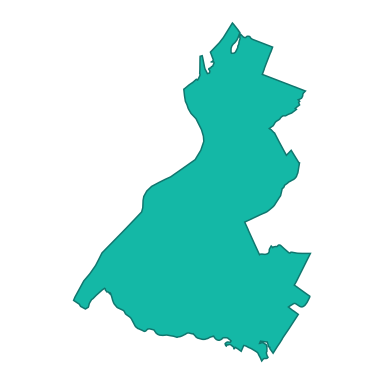 the district of Seimeni, Constanta, Romania
{"feature_id": "2599482B22406504388694", "entity_name": "Seimeni", "entity_type": "district", "adm_level": 2, "iso_a3": "ROU", "parent_name": "Romania", "parent_adm1": "Constanta", "projection": "orthographic", "projection_center": [28.127, 44.413], "detail": "fine", "context": "isolated", "style": "filled", "palette": "teal", "viewbox_px": 384, "rotation_deg": 0, "n_neighbors": 0, "source": "geoboundaries", "source_scale": "gbopen_adm2", "svg_char_len": 5907}
<svg xmlns="http://www.w3.org/2000/svg" viewBox="0 0 384 384"><path d="M73.6,300.4L79.3,304.2L80.6,306.4L85.4,309.0L88.2,307.3L88.5,306.7L89.2,303.8L89.6,302.9L91.5,299.7L93.0,298.6L96.2,295.3L102.4,289.8L104.6,288.3L105.3,288.9L105.3,289.4L105.4,290.0L107.0,292.0L107.2,291.9L107.7,291.9L108.4,292.1L108.6,292.3L109.4,293.4L110.0,292.8L110.2,293.0L110.3,293.1L110.0,293.5L110.4,293.7L110.3,293.8L110.4,294.2L110.9,294.6L111.7,296.7L112.6,300.1L113.2,301.8L113.7,303.0L114.0,303.5L114.3,304.1L116.9,307.2L117.4,307.6L117.8,307.8L123.1,310.3L123.5,310.6L123.8,310.9L124.2,311.3L125.3,313.5L125.5,313.9L125.9,314.2L126.2,314.5L129.6,316.9L130.4,317.6L130.9,318.2L131.4,318.9L134.9,325.6L135.6,326.7L137.8,328.5L138.1,328.6L139.5,329.1L140.4,329.6L141.1,329.8L144.3,331.4L145.2,331.2L145.7,331.0L146.0,330.7L147.2,329.5L147.5,329.2L147.8,329.1L149.3,328.8L149.9,328.9L153.9,329.9L156.2,333.2L157.8,334.4L159.6,335.1L162.8,335.4L166.7,335.0L170.3,335.7L173.5,336.2L177.0,337.3L178.2,336.9L180.2,336.6L182.0,335.9L182.7,335.6L183.7,335.0L184.7,334.6L185.6,334.1L186.3,333.6L187.2,333.1L187.5,333.0L187.9,333.0L188.6,333.0L189.0,333.0L189.4,333.1L190.8,333.5L191.9,333.7L192.3,333.9L193.2,333.7L193.4,334.0L194.0,334.7L194.4,335.0L194.6,335.3L194.9,335.5L195.6,336.5L195.8,336.8L196.3,337.2L196.8,337.5L197.1,337.8L197.5,338.0L198.1,338.2L202.2,339.3L203.4,339.4L205.0,339.3L206.1,338.9L206.3,338.7L206.7,338.8L207.1,338.7L208.3,338.2L209.8,337.3L211.1,336.9L212.0,336.6L212.5,336.6L212.9,336.2L213.3,336.1L213.7,336.2L214.0,336.9L215.0,338.2L216.2,339.4L217.2,339.9L218.2,340.2L219.2,340.3L220.3,339.9L221.3,339.4L222.0,338.9L222.4,338.3L223.1,337.9L223.6,337.7L226.2,337.7L227.5,337.9L227.9,338.2L229.2,339.3L229.7,339.6L231.1,340.9L230.4,342.2L227.3,342.0L226.2,342.6L225.2,343.5L225.1,343.8L225.4,344.7L225.6,345.3L225.7,345.6L225.8,345.6L226.4,346.0L226.6,345.5L226.5,345.4L226.6,344.9L227.2,344.8L227.8,345.0L229.0,344.6L230.1,344.5L230.6,344.7L233.9,347.4L234.0,347.8L233.8,348.5L234.0,348.8L234.3,348.7L235.3,347.4L237.6,348.7L239.1,349.8L241.2,351.3L243.7,345.5L245.0,345.7L245.9,346.0L246.3,346.2L248.7,347.5L250.2,348.1L251.4,348.7L254.4,350.5L256.5,351.8L257.1,352.3L257.6,352.7L257.8,352.9L258.0,353.3L259.0,355.4L260.5,358.2L261.1,359.7L261.7,361.0L263.1,359.2L263.5,358.9L264.1,358.6L264.6,358.5L265.5,358.5L266.3,358.5L266.7,358.4L267.2,358.2L267.7,357.7L268.0,357.4L267.7,356.9L267.6,356.5L267.1,355.8L267.0,355.6L266.5,353.7L266.4,353.1L266.4,352.7L266.4,352.3L266.6,351.8L266.9,351.5L266.9,349.8L266.9,347.6L266.6,345.9L266.4,345.0L266.2,344.8L266.0,344.5L265.5,344.3L264.7,343.7L264.1,343.4L263.7,343.2L262.9,342.8L262.4,342.5L262.1,342.5L261.9,342.5L260.8,343.1L260.3,343.3L259.5,343.4L260.5,341.1L260.9,341.2L267.2,342.0L267.8,343.6L268.3,345.4L268.4,346.4L268.7,346.8L269.8,347.3L269.9,348.7L273.1,353.2L277.6,346.1L279.8,342.9L281.6,340.0L281.7,339.9L282.4,338.6L282.6,338.1L289.0,328.7L298.3,314.4L294.4,311.5L292.4,310.2L288.4,307.0L289.9,305.9L289.9,306.0L293.7,303.6L294.3,303.4L295.2,303.5L296.0,303.9L299.5,306.2L300.5,306.7L301.5,306.9L302.5,306.8L303.6,306.3L305.1,305.1L307.0,302.5L308.7,299.2L309.8,296.9L309.8,296.2L307.5,294.6L294.3,285.1L296.2,281.8L310.4,253.4L301.9,253.4L299.0,253.3L297.2,253.2L291.8,252.2L291.1,252.2L290.7,252.3L290.0,253.1L289.8,253.1L288.8,252.7L284.2,248.7L280.5,245.3L279.5,245.0L278.8,245.0L278.2,245.3L277.6,246.0L277.1,246.5L276.5,246.6L275.7,246.5L274.1,246.8L273.3,247.0L272.8,247.6L271.2,246.0L269.5,249.0L269.3,249.5L269.2,251.6L268.8,252.6L268.3,253.2L267.3,253.8L266.1,254.2L264.9,254.4L262.3,254.1L260.9,254.1L260.3,254.2L259.5,254.7L255.1,245.2L248.2,230.0L248.2,229.8L244.7,222.1L259.9,214.9L266.7,211.9L267.8,211.1L269.1,210.1L272.8,207.0L273.6,206.2L274.2,205.5L274.8,204.7L275.3,203.8L278.4,199.0L279.0,198.0L280.4,196.0L280.6,195.6L281.5,191.8L282.1,189.1L282.2,188.7L282.5,188.4L283.6,187.6L283.8,187.3L284.2,186.4L284.4,185.6L284.7,185.2L287.6,183.1L288.1,182.6L288.6,182.1L290.0,181.4L292.8,179.8L293.1,179.7L293.6,179.5L295.1,178.2L296.1,177.0L296.3,176.7L296.7,175.8L297.1,174.5L297.7,173.2L297.9,172.5L299.5,162.9L298.9,162.8L291.2,150.3L286.4,155.3L279.1,141.8L274.5,132.9L274.2,132.8L273.7,132.4L271.1,129.7L269.5,128.8L269.2,128.5L273.2,125.7L275.2,122.4L276.2,121.4L278.8,119.8L279.9,118.9L280.7,117.6L282.1,116.4L283.2,115.8L285.6,115.8L288.2,114.4L291.7,113.0L296.4,109.4L295.2,108.5L296.9,107.0L299.6,104.9L298.6,102.5L299.2,101.9L299.7,101.3L298.2,99.8L300.1,99.0L301.5,98.2L302.2,97.0L302.7,95.9L302.8,94.3L303.4,93.1L305.4,91.0L262.3,74.4L264.2,69.2L264.4,68.3L266.3,63.3L270.5,52.5L270.8,52.1L272.6,47.1L252.4,39.3L250.7,38.1L250.5,37.8L250.4,37.4L249.6,36.5L248.7,36.3L247.8,36.2L246.9,36.4L245.8,37.4L245.1,37.6L243.6,37.2L242.2,35.9L240.8,34.4L239.5,36.9L240.2,38.2L239.3,40.9L238.9,42.8L238.8,44.1L237.8,46.1L237.8,47.4L236.9,49.3L235.4,52.2L234.0,53.2L231.6,53.3L231.2,52.9L231.0,51.2L231.1,48.3L231.8,46.1L233.2,44.1L234.8,42.7L236.8,40.1L238.1,37.5L239.9,32.5L238.6,31.1L238.7,30.8L234.4,25.3L233.5,24.2L232.4,23.0L223.4,37.5L219.3,42.8L210.4,52.1L212.3,57.2L213.2,59.5L213.3,59.9L212.8,61.0L211.5,61.9L211.8,62.0L213.6,61.8L214.1,62.9L212.6,66.3L211.5,66.6L210.6,68.0L210.2,68.0L209.6,68.2L208.9,68.6L208.7,69.2L209.0,69.7L209.5,70.3L209.9,71.2L209.5,73.0L209.3,73.1L207.8,73.5L207.4,73.6L207.3,73.4L206.0,70.8L205.1,69.2L204.6,67.4L203.8,63.4L202.6,57.3L202.2,55.7L200.1,56.3L200.0,59.0L199.9,69.5L199.7,73.6L200.0,74.1L199.9,75.7L199.7,76.0L198.9,77.7L197.6,80.0L196.3,79.3L192.9,82.3L189.2,84.8L184.9,88.4L183.8,89.2L184.5,95.8L185.4,101.3L187.0,104.8L188.3,108.7L191.0,113.4L196.0,118.7L201.5,129.7L203.4,136.2L203.8,141.4L200.8,150.3L195.1,159.7L170.6,176.9L165.3,179.3L158.7,182.6L151.6,186.4L146.8,191.0L143.8,196.4L143.1,200.3L142.8,207.7L141.6,212.0L125.7,228.7L102.0,252.9L98.6,259.7L95.6,265.5L89.9,273.7L83.8,280.9L74.9,297.2L73.6,300.4Z" fill="#14b8a6" stroke="#0f766e" stroke-width="1.5"/></svg>